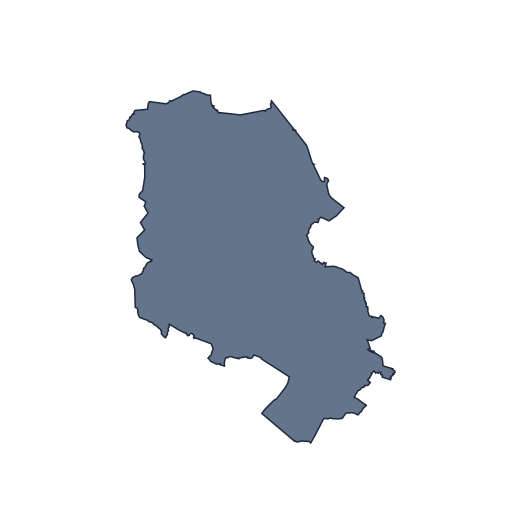 Puruándiro, Michoacán, Mexico, rotated 119°
{"feature_id": "50627088B60920065239944", "entity_name": "Puruándiro", "entity_type": "district", "adm_level": 2, "iso_a3": "MEX", "parent_name": "Mexico", "parent_adm1": "Michoacán", "projection": "equal_earth", "projection_center": [-101.522, 20.12], "detail": "fine", "context": "isolated", "style": "filled", "palette": "slate", "viewbox_px": 512, "rotation_deg": 119, "n_neighbors": 0, "source": "geoboundaries", "source_scale": "gbopen_adm2", "svg_char_len": 6100}
<svg xmlns="http://www.w3.org/2000/svg" viewBox="0 0 512 512"><g transform="rotate(119 256 256)"><path d="M393.0,117.5L384.0,117.4L365.2,118.0L363.5,114.0L361.9,112.9L361.1,110.2L358.9,105.6L356.2,101.8L351.3,101.4L349.0,100.6L348.1,98.0L346.9,97.0L345.7,93.4L345.7,90.2L345.0,89.4L343.2,89.5L341.3,88.5L337.4,88.4L333.1,87.1L332.5,93.4L331.8,96.9L332.0,101.7L330.6,101.5L327.8,101.9L327.5,101.6L324.1,101.4L323.4,100.6L322.3,100.1L319.1,99.3L318.6,98.2L317.5,97.7L316.7,98.1L314.8,95.4L313.1,95.0L312.5,95.1L312.0,94.4L312.1,94.7L311.1,94.8L311.2,95.6L310.8,96.4L310.6,97.9L309.9,98.4L309.6,98.4L309.4,97.9L308.2,97.9L308.0,97.4L307.0,97.7L305.4,97.5L302.9,97.6L302.9,98.1L299.3,97.1L300.3,94.7L299.8,94.7L299.8,94.3L299.3,93.6L299.2,92.1L298.1,92.0L298.0,91.4L297.2,90.5L299.2,89.5L298.7,88.3L298.9,87.9L299.6,87.6L299.6,87.1L300.7,86.9L299.0,78.4L297.7,79.2L297.6,78.6L296.7,78.9L295.9,79.8L295.2,79.0L294.5,79.0L294.2,78.5L293.4,78.8L292.8,78.2L292.5,79.2L291.8,78.5L291.4,78.7L290.4,77.9L289.9,78.2L289.3,79.2L289.3,82.2L289.0,82.4L288.1,80.8L290.5,91.5L284.7,95.7L284.0,96.6L283.5,97.7L283.0,105.6L283.7,105.8L283.6,106.7L282.1,106.5L283.0,109.4L283.5,108.3L283.9,108.3L284.0,110.8L283.7,112.8L282.7,112.7L281.8,111.0L275.3,118.1L274.1,113.9L265.0,107.6L262.8,108.5L260.9,108.1L255.4,109.6L252.2,110.1L252.6,112.0L249.9,112.9L248.0,115.4L247.6,117.4L247.7,118.1L249.1,118.0L250.7,118.5L251.2,119.2L251.6,121.3L251.8,121.5L251.8,122.0L252.7,124.9L252.8,124.4L252.8,124.7L253.1,124.5L254.2,124.5L253.4,124.5L253.5,125.1L252.8,125.7L253.5,127.9L250.3,131.3L247.7,132.6L247.8,133.0L246.3,133.7L246.7,135.1L243.7,136.8L243.9,137.6L242.4,138.4L242.5,139.2L241.2,140.5L241.1,140.2L239.6,140.9L239.7,141.7L236.4,143.2L236.7,145.4L235.0,145.5L234.5,147.5L234.2,147.5L225.6,156.0L225.4,157.8L225.5,162.5L225.1,163.7L224.8,165.9L225.7,167.3L226.2,169.0L225.6,171.5L225.5,173.0L225.7,175.4L226.4,178.1L226.6,180.9L226.9,181.4L227.3,183.0L231.9,190.4L228.3,191.3L228.9,191.8L229.0,192.5L228.5,193.1L228.6,193.6L231.1,194.1L231.1,195.2L230.6,195.8L230.8,197.1L230.1,198.9L230.4,199.4L232.4,200.2L232.0,201.6L232.1,202.8L231.4,203.1L229.9,202.7L229.6,205.1L228.6,205.8L228.3,205.8L227.4,207.6L225.3,209.1L223.8,209.8L222.5,209.5L220.1,210.3L219.8,212.3L218.3,215.9L217.4,216.4L217.2,217.5L215.3,219.3L214.8,219.5L214.4,219.9L214.1,221.3L213.8,221.2L212.8,221.7L209.9,221.2L208.5,222.2L207.1,222.6L203.9,222.2L203.7,222.6L202.3,222.9L201.2,222.8L201.1,222.5L198.2,221.4L197.1,219.5L196.8,218.2L196.5,217.9L194.3,218.4L194.3,218.7L193.4,219.3L193.2,218.8L190.6,218.1L189.9,209.2L181.8,205.1L171.1,202.4L168.7,217.6L167.6,220.8L165.4,223.5L159.2,228.7L157.5,229.2L155.4,229.0L154.5,229.4L153.8,230.7L153.6,231.5L154.1,234.1L157.7,232.4L158.2,232.7L158.7,234.6L158.4,236.0L148.2,250.3L147.6,249.7L147.6,251.3L146.6,252.7L135.8,264.1L134.5,265.9L127.8,281.9L127.2,281.7L126.9,282.6L127.2,282.7L126.9,283.5L128.2,284.6L127.3,285.3L126.5,284.9L112.7,317.8L113.2,317.8L114.3,316.8L115.7,317.1L117.4,316.0L118.1,314.9L119.1,314.9L119.8,315.0L122.7,317.7L124.7,318.0L124.7,319.5L140.2,338.1L148.1,357.1L149.1,357.7L147.3,360.6L148.0,360.9L147.9,361.2L147.5,361.2L147.4,362.4L147.6,362.5L146.9,364.8L146.4,364.8L146.5,366.7L145.9,367.0L145.6,365.9L145.1,365.9L145.8,367.2L143.5,369.9L137.5,373.8L139.2,377.9L139.1,379.8L139.8,382.6L139.5,384.1L142.1,391.0L147.7,395.4L149.2,396.2L149.5,397.3L153.9,399.7L161.7,405.2L161.6,405.9L162.2,406.8L163.6,406.6L166.4,408.2L172.6,424.0L174.9,424.2L180.2,422.0L187.3,432.3L188.1,432.5L190.3,432.2L191.0,431.5L191.5,432.7L195.4,432.9L195.6,433.7L196.8,433.4L197.1,433.0L198.8,433.0L199.3,433.6L200.2,434.1L202.2,433.4L204.3,433.3L206.5,430.9L206.0,429.1L206.8,424.7L206.8,423.7L206.4,422.6L205.3,421.0L204.6,418.4L204.9,417.7L205.9,416.6L208.6,416.2L209.0,415.0L211.6,412.2L212.6,411.6L212.9,410.5L214.9,408.9L215.3,408.2L216.3,408.3L217.6,407.1L217.8,405.7L219.0,405.0L219.1,404.4L219.4,403.8L220.3,404.0L221.6,403.0L223.0,403.1L224.4,402.3L224.8,401.6L225.2,401.8L225.6,401.7L228.1,397.7L228.9,397.6L229.6,398.4L230.4,400.0L230.1,397.7L240.5,391.7L253.8,386.8L256.7,387.7L258.9,387.9L261.3,386.8L261.7,384.1L261.9,379.1L264.6,378.0L266.5,378.1L269.0,374.2L270.4,371.7L271.1,371.3L282.8,373.3L287.2,366.0L297.8,368.9L303.5,364.8L308.5,360.1L310.5,352.0L310.6,350.3L310.3,350.0L310.5,349.5L310.0,347.9L310.5,346.4L310.4,345.9L309.6,345.5L310.7,344.8L311.5,344.8L312.3,346.2L315.1,347.7L318.3,347.7L318.9,347.5L321.3,348.3L323.6,347.5L324.5,347.4L325.2,347.7L326.2,347.3L327.3,347.3L327.9,348.3L329.0,348.5L331.1,350.4L331.9,351.6L333.9,353.0L334.9,353.6L337.4,353.6L340.1,349.7L344.1,345.8L359.5,336.7L359.4,334.4L360.6,333.0L361.6,332.8L364.4,330.5L366.1,328.0L365.6,323.9L364.8,319.6L365.4,318.1L365.1,316.5L364.5,315.1L365.5,311.2L365.1,309.7L365.6,309.1L365.6,307.8L366.1,307.0L366.0,306.2L366.3,305.7L366.4,304.3L366.9,303.3L367.5,303.0L367.7,302.0L369.4,301.4L370.3,300.6L370.5,299.2L370.9,298.6L371.5,295.8L371.1,295.4L369.6,295.6L367.6,295.4L366.0,296.4L363.6,296.4L362.4,297.5L361.3,297.9L360.8,297.6L359.4,297.9L357.7,298.7L357.9,292.6L357.8,291.1L358.1,290.8L357.9,282.1L357.7,281.1L357.2,280.8L357.1,280.0L357.8,279.7L357.9,278.6L358.9,277.3L357.7,275.9L356.9,276.2L355.6,275.6L354.8,274.7L355.6,271.4L357.6,271.1L357.5,270.7L358.0,270.2L357.2,269.8L357.1,269.5L357.1,268.4L356.8,267.6L354.5,252.6L357.9,248.6L359.2,248.2L361.9,248.0L365.0,247.0L365.8,247.9L368.7,248.4L369.0,246.6L370.1,244.9L370.0,242.0L369.7,241.2L370.0,240.1L369.5,237.6L367.6,235.2L368.5,234.8L367.6,230.2L364.2,232.2L361.2,233.0L360.4,232.8L359.9,233.0L358.6,232.3L358.6,231.2L356.7,230.3L356.4,229.9L356.1,228.9L355.9,227.3L354.2,221.3L353.7,221.7L352.3,219.8L351.6,219.3L351.2,218.3L350.7,218.3L350.4,217.5L349.9,217.2L348.5,214.2L349.3,213.7L348.3,211.3L347.0,210.1L343.5,209.6L342.5,202.5L343.4,200.8L345.5,168.4L352.0,166.5L357.0,166.6L371.0,168.7L373.1,170.2L378.9,172.0L385.4,173.8L390.9,174.6L399.3,132.6L398.8,132.7L398.8,130.1L398.5,129.5L395.0,125.5L394.8,124.2L393.8,122.4L393.5,121.4L392.6,120.4L392.7,118.2L393.0,117.5Z" fill="#64748b" stroke="#1e293b" stroke-width="1.5"/></g></svg>